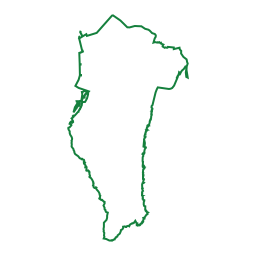 outline of NCR, Fourth District, Paranaque, Philippines
{"feature_id": "2640588B20861121251971", "entity_name": "NCR, Fourth District", "entity_type": "district", "adm_level": 2, "iso_a3": "PHL", "parent_name": "Philippines", "parent_adm1": "Paranaque", "projection": "robinson", "projection_center": [120.995, 14.466], "detail": "fine", "context": "isolated", "style": "outline", "palette": "green", "viewbox_px": 256, "rotation_deg": 0, "n_neighbors": 0, "source": "geoboundaries", "source_scale": "gbopen_adm2", "svg_char_len": 5769}
<svg xmlns="http://www.w3.org/2000/svg" viewBox="0 0 256 256"><path d="M111.8,240.6L111.8,240.2L113.1,240.1L113.4,239.7L114.7,239.4L114.8,238.6L115.7,237.9L115.8,237.3L117.3,236.6L117.6,235.4L119.8,233.6L120.8,231.2L120.9,230.1L122.4,229.3L123.2,227.9L123.1,226.7L124.9,226.4L125.6,227.0L126.3,227.0L126.9,226.2L128.4,225.8L129.2,226.3L130.0,224.6L131.9,223.4L132.7,223.5L133.2,222.9L133.9,222.9L135.3,220.8L136.6,223.2L136.7,224.4L137.2,224.0L137.2,225.4L137.7,225.6L137.9,225.0L139.1,224.6L139.6,225.3L139.9,225.2L140.5,224.5L140.8,223.6L141.8,223.5L142.6,222.5L142.3,222.2L143.0,221.7L142.6,221.3L143.1,220.9L143.4,219.6L143.6,218.7L143.3,217.9L144.2,217.6L144.2,218.6L144.5,218.6L144.7,217.3L146.2,215.0L147.5,214.1L147.2,213.1L148.0,212.5L146.9,211.9L146.5,211.1L146.1,211.3L145.7,210.9L145.5,209.7L145.2,209.6L145.3,206.3L144.1,205.9L143.7,204.4L143.8,201.9L144.3,200.9L144.3,200.2L143.3,199.9L143.1,199.2L142.6,198.8L142.9,197.9L142.7,197.6L142.9,196.5L143.6,196.4L142.0,196.3L143.4,195.9L141.9,195.8L142.4,195.6L142.0,195.5L142.0,194.1L142.3,193.1L142.0,192.8L142.3,191.4L143.0,190.9L142.1,188.7L142.7,188.2L142.2,187.6L142.1,184.5L142.5,183.2L143.2,183.1L143.2,182.7L143.7,182.9L143.8,182.8L143.2,182.6L143.3,181.0L143.9,179.8L144.3,180.0L143.8,179.5L144.0,179.2L143.8,178.9L143.0,178.9L143.0,176.1L143.4,175.9L143.5,175.1L143.0,174.9L142.9,173.9L143.3,172.9L142.9,172.5L143.2,169.5L144.4,168.4L144.5,167.9L144.0,167.7L144.6,167.2L144.2,167.0L144.1,166.1L144.0,165.9L143.8,165.7L144.0,166.9L143.1,166.8L143.1,166.3L142.7,166.3L142.7,165.7L143.2,165.7L143.3,165.3L142.8,165.1L143.0,161.8L142.7,161.7L142.6,160.7L142.7,157.1L143.3,156.0L143.1,154.9L143.4,154.4L142.5,154.0L142.7,153.6L143.7,154.2L144.3,153.4L144.4,152.8L144.0,152.8L144.8,149.1L145.9,147.7L145.8,147.3L144.5,147.0L144.9,143.0L144.6,141.6L144.3,142.0L143.8,146.4L143.5,146.4L144.1,140.3L144.0,139.4L144.8,137.3L145.3,137.4L145.5,137.0L144.6,136.6L144.5,136.1L145.0,134.4L145.4,134.4L145.2,133.8L145.5,132.7L145.8,132.6L145.7,132.0L145.9,131.2L146.6,130.8L146.2,130.1L147.2,129.9L146.7,129.6L147.0,129.2L146.6,128.9L147.0,127.2L148.0,126.6L147.4,125.7L147.6,125.3L148.2,125.1L149.2,125.3L149.1,124.5L149.9,121.7L149.7,121.3L150.3,119.8L150.6,119.9L150.8,119.6L150.5,119.2L151.1,118.1L151.2,116.2L151.8,114.8L151.7,114.1L151.3,114.1L151.4,112.7L151.9,111.9L152.0,111.0L151.6,110.9L151.9,110.6L151.8,109.7L152.5,108.9L152.2,108.2L151.5,107.6L151.6,106.1L152.5,105.1L155.6,92.4L156.8,89.3L157.8,87.4L169.0,89.0L170.7,88.7L172.2,88.0L174.1,85.6L177.4,77.8L176.9,77.6L177.5,76.3L177.8,76.5L178.7,74.0L179.7,74.5L180.2,73.8L179.0,73.1L179.1,72.3L179.6,72.7L181.1,72.0L181.8,70.7L183.8,69.0L185.3,66.7L186.5,68.1L185.8,72.5L186.3,76.9L187.7,77.6L186.5,69.9L186.7,66.5L187.7,63.5L187.1,62.0L186.6,59.4L183.4,56.9L181.1,53.5L181.2,50.9L179.8,49.4L179.5,47.7L173.8,49.1L173.8,47.5L167.9,46.9L167.7,47.5L167.1,47.8L165.5,47.4L164.7,47.8L162.6,46.5L162.7,45.6L163.4,44.6L161.5,43.8L161.0,42.8L160.4,43.2L159.2,42.1L158.4,42.5L158.2,41.6L158.1,42.1L156.7,42.5L155.1,42.1L153.5,42.6L154.7,38.4L155.7,36.8L155.8,35.3L154.8,34.0L152.1,33.1L149.7,30.6L148.4,29.7L145.1,28.8L141.4,26.3L134.8,26.0L129.6,27.4L127.3,27.3L120.4,20.5L113.0,15.4L112.0,15.6L96.7,32.9L86.9,35.9L86.3,34.2L82.5,36.4L80.4,32.2L80.7,30.9L80.4,31.4L80.2,32.2L82.4,36.5L79.3,38.4L79.2,37.1L79.3,36.8L79.9,36.3L79.5,36.5L79.1,37.1L79.2,38.5L78.3,39.0L79.1,38.7L79.3,39.0L82.2,50.9L82.1,50.2L82.5,50.4L82.9,51.6L80.9,52.5L80.8,52.2L80.3,51.9L80.7,52.5L79.3,52.9L79.7,64.2L80.6,64.2L80.6,64.6L79.7,64.7L79.9,74.9L81.0,75.0L81.0,75.4L79.9,75.3L78.6,79.8L75.4,85.9L78.6,87.9L88.9,91.4L88.1,92.4L88.1,94.3L87.0,98.4L85.1,101.9L82.9,102.1L81.5,101.0L82.1,100.1L82.9,97.3L83.3,97.3L83.2,97.8L84.6,97.6L84.6,97.2L83.5,97.4L83.9,96.3L84.6,96.5L84.1,96.1L85.1,95.0L85.0,94.5L85.7,93.7L86.1,94.0L86.9,93.3L86.8,92.4L87.4,92.1L86.9,91.6L85.1,91.2L84.6,90.7L82.9,91.9L81.9,92.0L82.3,94.2L81.4,100.6L79.0,101.2L76.6,101.2L76.7,101.6L77.6,101.6L77.6,102.9L74.9,107.3L73.5,112.4L75.7,109.2L76.0,108.3L76.5,108.3L77.1,107.1L78.7,105.5L79.2,105.6L79.2,105.1L79.0,105.5L78.4,105.2L78.8,104.5L79.4,104.8L79.4,104.5L78.9,104.3L78.9,103.8L79.3,103.6L79.5,104.4L79.6,103.6L78.8,102.9L79.8,103.3L79.7,102.8L79.8,102.5L79.5,102.0L79.7,101.6L81.0,101.1L82.6,102.2L82.1,102.5L81.7,105.6L80.9,106.7L80.9,107.2L80.6,107.2L80.1,108.9L79.8,108.9L79.4,110.0L78.9,110.3L78.5,111.8L78.1,111.8L74.8,115.5L73.4,115.6L72.8,116.1L72.9,116.8L73.3,115.8L74.0,116.0L73.6,116.8L71.7,118.3L72.1,118.6L72.2,119.9L73.0,121.0L73.1,122.1L72.3,122.7L71.0,121.7L70.1,122.5L69.6,123.8L71.2,124.4L71.4,125.3L69.5,127.4L68.4,127.7L68.3,128.4L68.6,129.6L69.7,131.3L69.7,133.1L70.3,134.9L71.5,136.7L72.1,138.4L72.0,139.8L71.5,140.7L71.8,141.8L71.5,143.0L71.8,144.0L71.6,146.6L73.5,149.2L73.6,150.2L74.3,151.3L74.4,152.6L75.2,154.1L78.3,156.3L79.7,158.2L81.2,158.7L81.5,159.2L82.3,158.9L82.7,159.5L83.9,159.8L84.4,161.3L83.8,161.8L83.9,162.8L84.5,162.5L85.0,162.8L84.3,163.9L85.6,165.4L85.3,167.2L86.0,167.1L86.1,166.6L86.6,167.1L86.3,170.5L87.0,170.8L88.1,170.4L89.0,171.2L88.9,171.8L89.5,172.1L89.4,174.0L90.0,175.7L89.4,176.9L89.8,177.4L90.5,177.5L92.0,179.5L93.4,182.3L93.1,182.9L93.6,183.7L93.0,185.5L93.5,185.7L93.7,187.3L94.6,188.0L95.4,187.9L95.9,187.3L96.4,187.6L96.0,188.2L96.5,189.3L98.5,191.6L99.6,193.7L99.6,194.8L100.3,195.6L99.9,197.2L100.1,198.0L99.5,198.1L99.3,198.6L101.4,200.1L102.2,199.9L103.1,201.0L103.8,201.4L104.0,201.9L104.6,202.0L104.6,203.5L103.5,205.5L104.6,207.8L104.5,209.0L104.9,209.7L105.4,209.9L105.7,211.4L106.1,212.0L107.8,212.6L107.1,215.7L107.1,217.8L106.5,219.9L103.9,222.7L103.9,226.9L103.5,229.1L103.8,230.4L103.6,231.5L104.3,232.9L104.0,235.5L104.4,236.7L103.7,238.5L106.2,239.0L109.3,240.5L111.8,240.6Z" fill="none" stroke="#15803d" stroke-width="2"/></svg>